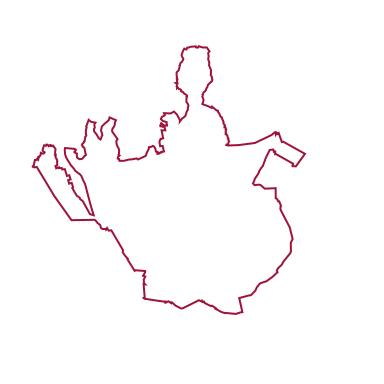 Guadalupe Victoria, Puebla, Mexico (Mercator projection), rotated 233°
{"feature_id": "50627088B92616914414309", "entity_name": "Guadalupe Victoria", "entity_type": "district", "adm_level": 2, "iso_a3": "MEX", "parent_name": "Mexico", "parent_adm1": "Puebla", "projection": "mercator", "projection_center": [-97.339, 19.307], "detail": "fine", "context": "isolated", "style": "outline", "palette": "rose", "viewbox_px": 384, "rotation_deg": 233, "n_neighbors": 0, "source": "geoboundaries", "source_scale": "gbopen_adm2", "svg_char_len": 6057}
<svg xmlns="http://www.w3.org/2000/svg" viewBox="0 0 384 384"><g transform="rotate(233 192 192)"><path d="M312.1,85.7L308.5,81.7L308.4,80.2L308.1,80.0L306.7,80.7L305.4,83.1L271.3,79.6L242.0,78.8L228.4,97.5L227.1,97.9L224.0,97.9L221.0,98.8L218.0,97.6L216.1,98.4L214.4,100.9L213.7,100.7L214.4,102.5L211.3,102.2L210.0,104.5L187.1,101.9L185.6,100.4L181.7,100.2L177.9,100.5L178.0,100.3L176.4,99.9L163.5,98.7L163.6,99.7L157.1,107.0L156.4,106.7L155.6,105.3L154.6,102.5L152.6,103.8L151.0,100.6L149.6,99.9L148.6,99.0L147.7,98.8L146.4,99.0L147.4,97.8L136.1,90.7L137.0,88.8L135.5,90.3L135.1,90.1L127.6,97.4L121.5,103.5L121.1,104.3L119.6,104.0L119.3,105.3L119.7,105.8L119.1,106.3L118.7,107.6L115.6,108.4L115.7,108.8L116.8,108.6L115.9,109.6L111.4,110.4L105.5,113.2L104.7,114.6L101.4,132.4L98.3,134.0L98.7,134.5L97.7,134.4L97.6,135.0L97.2,135.0L97.1,135.6L95.7,135.3L89.4,138.5L89.2,139.6L83.5,141.5L85.5,140.0L78.2,143.4L75.7,145.3L75.7,145.5L68.2,153.7L66.6,158.5L65.7,159.9L78.9,165.9L75.0,175.5L74.1,177.0L75.1,183.2L76.8,186.3L78.0,191.0L77.9,192.1L75.9,197.7L75.8,205.6L76.5,212.1L77.8,212.3L78.5,212.9L79.4,215.1L79.8,219.3L80.3,221.0L81.4,223.1L83.9,233.3L84.8,235.1L92.1,240.4L93.9,244.1L105.0,248.8L123.8,251.9L125.8,252.7L126.4,253.5L127.2,254.0L127.3,254.7L132.0,256.0L132.4,255.3L133.3,255.2L134.0,255.6L135.5,255.7L136.6,255.1L144.7,261.1L150.9,252.1L156.4,250.9L157.5,250.0L159.8,246.1L162.2,245.9L163.7,248.8L164.6,249.8L166.4,255.0L167.2,256.9L168.3,258.3L169.8,262.5L170.0,264.0L174.9,271.6L178.8,279.4L177.0,282.5L174.7,281.6L174.2,282.8L172.2,281.2L172.0,281.8L153.7,289.8L152.5,287.9L152.1,287.9L150.0,290.4L154.5,305.2L177.3,295.1L177.8,293.8L187.1,296.8L187.2,296.5L186.6,295.7L186.7,295.3L188.2,295.2L187.5,293.6L189.5,294.7L189.9,293.7L189.6,290.0L189.8,288.9L193.3,271.7L201.5,257.3L207.5,248.7L208.9,247.7L209.1,248.3L208.2,249.4L209.8,251.2L210.0,252.1L211.8,252.4L212.8,252.8L212.8,253.2L213.9,253.3L216.1,254.3L216.8,254.1L217.5,254.3L217.9,253.7L219.8,255.1L219.7,255.4L221.8,256.5L221.6,257.0L224.0,257.7L224.3,257.0L225.9,258.6L227.2,258.2L228.3,258.7L228.7,259.3L229.4,259.3L230.3,259.8L231.7,259.9L233.4,260.8L233.9,260.4L236.0,260.3L238.1,261.0L240.8,261.0L241.3,261.6L242.8,260.6L248.1,259.4L247.4,258.3L250.6,256.6L256.0,253.2L258.2,256.4L260.6,257.4L261.8,257.5L262.8,258.8L263.4,259.0L263.5,259.8L264.6,261.1L264.7,263.4L265.1,264.6L266.1,265.8L266.4,267.1L267.9,269.1L268.6,273.7L268.3,274.0L268.8,275.2L269.6,276.0L270.3,276.0L271.9,277.1L274.4,277.4L275.3,278.7L276.5,279.2L277.6,280.5L283.0,281.9L285.2,283.9L288.1,284.7L290.7,287.2L293.1,288.4L293.6,289.2L293.7,290.6L298.5,290.8L301.1,287.4L304.4,285.1L303.7,283.7L305.1,282.2L306.0,282.7L308.7,278.5L309.4,276.2L310.1,275.2L310.1,274.7L309.2,273.4L310.6,272.1L311.1,272.0L309.8,269.1L308.9,268.1L308.2,266.7L307.4,266.0L305.0,265.3L303.7,265.3L303.2,264.9L302.0,262.4L302.0,260.8L301.6,259.8L300.4,258.6L300.3,257.9L299.4,257.4L297.2,254.5L296.8,251.7L294.4,249.9L293.8,249.7L292.5,248.8L291.7,248.6L291.6,247.9L290.4,247.9L290.3,247.3L288.2,245.9L287.6,246.0L287.3,245.1L287.7,245.3L288.5,245.2L288.8,244.6L287.7,245.0L285.6,243.7L285.4,243.2L284.9,243.3L284.0,242.6L284.1,243.5L282.2,243.5L281.3,244.3L280.2,244.7L279.3,244.5L278.9,243.9L276.8,245.1L275.7,244.8L272.9,246.0L272.0,246.0L271.5,245.7L271.4,244.9L270.7,244.9L269.6,243.4L267.6,242.0L267.2,241.7L265.2,241.8L263.1,241.2L261.6,239.2L260.2,238.3L259.7,236.6L256.7,232.5L256.8,231.6L256.5,230.3L256.7,228.6L255.6,224.7L256.5,225.5L257.8,225.8L263.0,226.6L267.1,226.0L267.6,222.2L271.8,217.1L269.9,216.7L269.6,216.4L270.0,213.8L269.9,212.5L268.9,211.0L266.3,211.5L263.0,213.8L260.9,212.0L260.5,212.4L260.1,212.1L261.7,209.8L265.5,208.9L264.0,206.4L263.5,206.3L262.4,207.6L261.7,207.8L260.6,209.3L257.3,207.8L259.6,204.8L252.2,201.3L253.2,199.3L252.9,199.1L253.2,198.5L251.7,196.2L247.7,194.1L246.5,196.3L241.2,194.0L242.5,191.8L241.9,191.5L243.0,189.3L242.4,189.0L243.3,187.3L244.1,188.1L244.6,188.0L244.9,188.5L245.8,187.6L246.2,187.5L248.3,188.7L249.8,189.0L251.4,189.0L252.4,188.5L252.5,187.0L253.7,184.6L252.6,183.6L250.3,179.1L248.7,176.7L250.5,168.4L252.1,168.0L254.2,163.7L255.8,161.3L257.9,156.4L260.6,152.8L262.3,153.6L263.3,152.8L263.7,153.1L264.7,154.4L264.7,156.1L266.0,155.8L266.7,156.8L269.4,159.1L271.8,159.8L274.4,160.1L277.6,161.7L278.6,162.9L279.0,164.4L287.9,164.6L289.2,165.1L290.7,167.1L290.6,167.7L291.6,169.8L292.2,170.8L293.9,172.3L295.1,174.5L301.2,171.0L299.4,168.8L299.1,163.0L298.6,159.7L298.3,159.1L295.8,156.2L294.0,155.8L291.4,154.7L290.7,153.1L289.4,151.6L289.0,150.5L290.9,149.9L296.0,150.5L298.0,150.3L299.8,150.5L301.3,151.6L301.9,153.1L304.1,154.2L305.1,155.3L305.5,156.6L308.8,153.6L311.8,152.9L308.0,146.9L307.3,147.0L305.3,144.6L303.9,143.4L302.1,142.1L301.0,141.8L300.5,141.1L300.2,139.8L298.4,138.1L297.5,136.7L297.1,136.6L297.1,136.0L296.6,135.5L296.5,133.7L295.8,132.3L294.9,132.5L293.9,131.9L292.7,132.5L291.8,132.5L286.9,130.1L285.5,129.8L285.3,128.5L285.5,127.7L285.0,126.2L284.7,124.3L284.8,123.6L286.0,121.9L288.0,121.0L288.8,121.0L290.5,122.0L291.9,123.2L294.4,122.0L295.0,122.5L294.7,123.1L295.7,124.7L296.3,124.2L297.0,124.3L303.5,117.1L302.5,115.9L298.2,113.2L294.5,112.1L286.3,111.4L281.4,111.7L279.0,111.5L273.3,113.2L271.5,113.3L265.8,111.9L262.7,111.4L243.2,103.4L232.6,99.5L235.7,97.2L250.4,99.3L253.6,98.4L254.9,98.9L258.5,97.7L267.3,98.8L267.4,99.9L271.7,101.4L272.6,98.9L276.0,100.3L275.1,102.6L279.2,104.1L280.1,101.8L286.8,104.2L288.1,101.9L289.6,102.4L291.2,100.1L291.9,100.5L292.6,97.8L294.9,98.6L294.5,100.5L297.4,102.5L297.4,102.8L298.7,103.5L301.0,103.8L304.1,104.9L303.7,105.5L306.0,106.4L308.4,108.9L312.6,108.9L312.4,108.2L313.8,107.0L314.3,107.5L314.6,107.3L314.3,106.5L314.9,106.3L314.9,105.1L316.6,105.2L317.5,104.3L316.8,103.2L318.3,102.0L315.7,98.2L314.6,97.5L312.4,98.2L311.9,97.1L312.3,96.2L313.2,95.3L314.2,94.8L312.7,93.3L312.0,91.2L312.4,91.4L312.5,90.0L311.3,89.6L311.2,89.5L311.6,89.6L311.7,88.9L311.4,88.8L311.5,88.2L310.6,88.0L311.5,87.9L311.6,87.4L311.1,87.2L312.1,85.7Z" fill="none" stroke="#9f1239" stroke-width="2"/></g></svg>